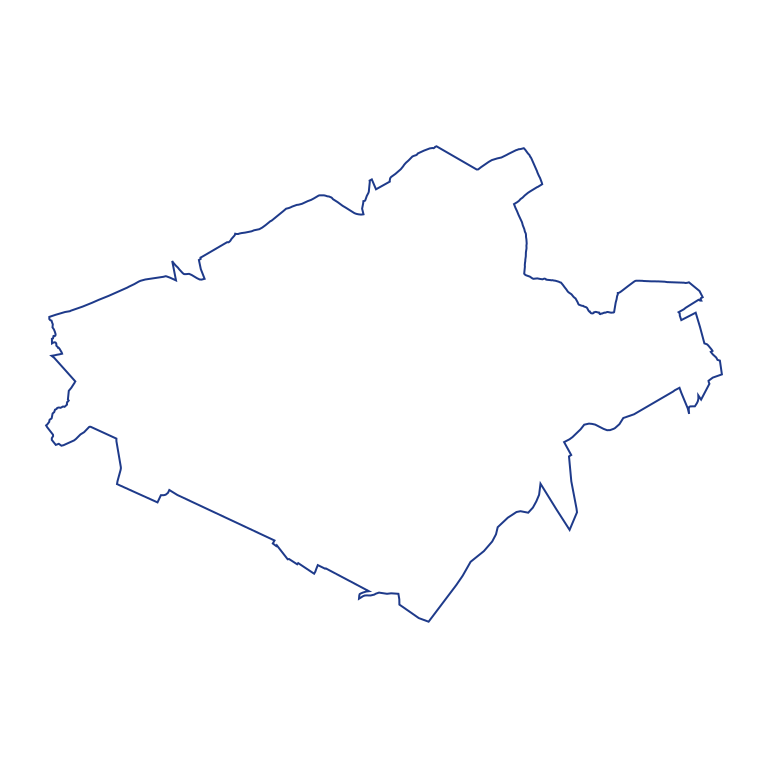 outline of Motca, Iasi, Romania, rotated 270°
{"feature_id": "2599482B18816841555206", "entity_name": "Motca", "entity_type": "district", "adm_level": 2, "iso_a3": "ROU", "parent_name": "Romania", "parent_adm1": "Iasi", "projection": "equal_earth", "projection_center": [26.629, 47.225], "detail": "fine", "context": "isolated", "style": "outline", "palette": "blue", "viewbox_px": 768, "rotation_deg": 270, "n_neighbors": 0, "source": "geoboundaries", "source_scale": "gbopen_adm2", "svg_char_len": 6079}
<svg xmlns="http://www.w3.org/2000/svg" viewBox="0 0 768 768"><g transform="rotate(270 384 384)"><path d="M313.0,571.2L325.9,564.1L328.7,569.5L330.9,572.5L338.7,580.6L343.3,584.2L344.4,589.0L344.1,592.0L343.4,595.2L339.1,603.6L337.8,607.1L337.9,610.1L339.2,613.7L339.9,615.0L343.8,619.4L350.0,623.3L353.7,634.0L376.4,673.0L377.8,674.9L380.2,679.5L375.2,681.3L359.5,687.8L354.1,689.1L359.2,688.7L361.0,689.2L361.6,690.2L361.7,694.9L364.8,696.9L366.7,697.8L369.4,698.4L372.6,698.3L368.4,701.1L384.2,709.4L385.7,708.8L387.2,708.5L390.4,712.8L393.6,721.9L407.4,719.9L408.1,717.5L410.5,716.2L413.6,712.8L416.1,710.8L417.1,712.5L418.6,711.5L422.6,708.2L423.7,707.0L424.6,704.4L441.0,700.0L455.3,695.7L447.9,681.3L452.3,679.8L454.5,679.7L455.2,679.2L455.8,678.6L458.7,683.8L460.3,685.8L468.2,698.5L467.4,700.2L467.4,701.3L469.2,700.5L469.8,700.9L470.8,702.7L477.0,699.5L485.7,688.9L485.5,688.5L485.2,687.1L485.0,685.7L485.3,683.9L485.9,667.2L486.3,664.6L486.6,658.2L486.7,650.6L487.0,643.7L487.2,642.2L487.3,636.6L487.2,635.7L486.9,634.9L486.1,633.7L482.0,628.2L477.3,622.1L475.9,620.2L475.0,618.5L475.0,617.8L473.6,617.8L471.9,617.1L468.8,616.6L465.5,615.7L455.9,614.1L455.5,613.6L455.4,612.0L455.3,611.1L456.0,607.8L456.0,607.2L455.4,605.6L455.3,604.7L455.4,604.4L455.2,603.8L455.0,603.6L454.8,602.8L454.5,602.3L454.5,601.5L453.9,600.4L453.9,600.2L454.0,599.9L454.4,599.9L454.7,599.3L455.4,599.2L455.5,598.7L455.7,597.3L456.0,596.6L456.1,595.4L455.6,593.8L455.4,593.8L454.9,593.5L454.6,592.7L454.6,592.0L454.8,591.1L455.0,590.8L455.5,590.5L456.0,589.8L456.5,589.8L456.7,589.1L457.4,588.5L460.0,587.1L460.7,586.3L461.5,584.0L462.1,583.2L462.1,582.5L462.5,581.1L463.4,578.8L464.1,578.3L465.8,577.6L469.6,575.5L470.2,574.6L471.2,573.5L473.7,571.5L475.3,569.1L476.4,567.8L478.5,566.4L480.9,564.5L483.1,562.9L485.4,561.0L485.7,559.9L486.3,558.7L487.3,555.3L487.5,553.7L487.8,552.6L487.7,551.3L487.9,550.3L488.2,547.2L488.4,546.1L488.9,545.8L489.3,544.9L489.3,544.1L488.7,542.5L489.0,540.4L489.6,537.3L489.2,533.4L489.6,532.4L491.4,529.8L492.7,526.1L493.2,525.2L494.3,524.2L501.4,524.9L502.9,524.8L505.2,525.0L507.0,525.3L508.2,525.3L511.7,525.8L515.6,525.9L519.6,526.5L520.9,526.5L522.2,526.4L524.5,526.7L528.7,526.4L531.2,526.0L532.6,526.0L533.8,525.9L534.7,525.7L536.3,524.9L538.9,524.3L542.7,522.8L545.7,522.0L553.2,518.5L556.9,517.0L560.3,515.4L563.9,514.0L565.9,517.3L567.3,519.1L568.9,520.5L570.4,522.6L572.5,524.7L575.2,528.0L576.7,530.3L580.8,537.0L581.1,537.8L583.8,542.2L585.3,541.8L589.9,540.1L592.4,538.8L595.8,537.3L596.6,537.1L609.3,531.5L610.7,530.8L611.1,530.3L612.9,529.5L614.6,527.9L618.3,525.2L619.8,523.8L619.0,520.8L618.8,519.4L618.8,518.8L618.2,517.3L617.8,516.0L614.1,508.5L613.1,506.7L610.5,501.4L609.6,497.3L607.9,491.8L606.1,488.7L600.8,481.0L598.6,478.2L598.5,476.7L621.7,436.5L621.1,435.1L620.6,434.8L619.8,433.7L620.0,432.5L619.6,429.8L617.4,424.0L614.5,417.7L613.6,417.2L612.8,416.0L612.3,414.3L611.5,412.4L607.5,408.5L605.3,406.0L603.4,404.3L601.5,403.0L598.8,400.8L594.1,395.4L591.1,391.2L590.3,390.5L589.5,390.1L587.2,389.7L586.4,389.8L578.7,376.0L588.6,371.8L587.4,369.6L586.2,369.8L576.3,368.8L575.1,368.4L572.1,366.8L567.8,365.3L567.1,364.7L566.9,363.4L564.8,363.2L559.3,362.1L553.7,363.5L553.6,363.1L553.4,361.0L553.7,358.4L554.1,356.5L554.5,355.3L555.0,354.2L560.3,345.8L562.2,342.6L565.9,337.6L568.8,333.0L570.0,332.0L570.5,331.4L571.5,329.0L571.7,327.3L572.3,325.6L572.7,323.8L572.7,319.7L572.4,318.6L569.6,313.9L568.1,311.1L566.9,307.8L564.2,302.0L563.3,298.6L563.1,296.8L561.4,292.1L560.6,290.5L559.9,288.6L559.3,286.1L556.8,283.2L553.4,279.0L551.6,276.8L547.2,271.4L546.9,270.5L542.8,265.5L540.4,262.2L538.8,259.3L537.7,254.0L536.7,251.6L535.4,245.1L534.9,241.4L534.4,239.2L534.0,238.2L534.0,236.5L534.3,235.2L532.7,234.7L529.1,231.5L527.3,230.4L526.2,229.3L525.7,228.5L525.8,227.1L511.4,202.4L510.4,200.5L509.1,200.7L508.0,198.9L498.9,200.8L489.2,204.6L488.4,201.6L488.5,199.7L489.8,197.0L493.0,191.7L494.1,189.2L494.1,188.5L493.9,186.3L493.9,184.4L494.1,183.7L495.1,182.5L498.7,179.2L500.4,177.9L502.5,175.7L505.4,173.2L507.0,172.2L487.6,176.0L490.3,170.1L491.6,166.6L491.8,165.7L491.2,163.4L488.5,145.3L487.2,140.5L486.4,138.7L483.9,134.3L481.1,128.5L480.5,127.5L472.2,108.8L468.1,98.6L465.2,92.0L461.4,82.6L457.3,70.8L456.8,69.9L456.0,65.1L453.2,55.6L451.1,49.3L449.0,49.3L447.8,50.3L447.4,51.5L445.2,52.2L443.7,52.8L440.6,52.5L438.6,53.9L436.4,54.8L433.8,55.6L432.5,55.4L431.9,54.7L432.1,53.8L432.0,53.5L429.6,53.0L429.2,51.9L424.6,52.0L425.4,53.3L425.7,54.4L425.5,55.5L424.6,56.2L423.1,56.4L422.5,56.3L422.1,56.5L421.5,57.1L421.2,57.6L420.1,58.1L420.1,58.8L419.1,59.6L415.5,61.7L414.3,62.1L413.7,59.6L413.2,56.7L412.7,54.7L412.2,51.6L410.2,54.2L386.6,75.3L385.7,74.7L384.9,74.4L383.8,73.6L380.2,71.3L377.2,68.8L368.4,67.9L367.5,68.7L366.5,68.0L366.1,67.3L364.9,66.9L363.4,67.0L361.2,64.6L361.5,63.0L360.2,60.6L360.5,58.9L360.1,57.3L359.0,56.5L358.3,55.0L355.9,54.2L354.5,52.6L349.9,51.7L349.4,51.4L348.5,49.9L348.0,49.5L346.1,49.2L343.5,47.2L342.6,46.1L340.9,47.1L333.3,53.0L331.9,53.1L329.8,51.8L328.1,51.8L323.1,55.8L324.2,58.8L322.3,61.4L322.8,63.5L327.6,74.1L329.1,76.0L333.6,80.5L335.8,84.1L341.0,89.1L341.3,90.0L341.1,90.9L329.4,116.4L326.9,116.4L301.1,120.8L299.9,120.9L298.1,120.6L286.8,117.5L283.9,117.0L265.6,157.5L272.8,160.9L272.8,163.8L273.3,165.7L275.2,168.0L278.0,169.3L273.0,177.4L227.5,274.5L224.5,272.8L221.9,276.3L222.7,276.8L208.7,287.7L209.0,289.0L203.7,297.2L204.9,298.2L194.3,314.1L196.3,315.3L198.9,316.2L202.9,317.8L199.3,325.1L199.6,325.8L176.8,368.9L176.5,366.3L175.4,362.8L174.4,360.5L173.9,359.7L172.6,359.3L169.3,359.0L171.8,363.0L172.5,364.8L172.6,366.7L172.5,370.5L173.4,374.3L174.3,375.8L175.4,379.0L174.2,387.0L174.7,391.2L174.2,398.4L168.7,399.3L163.4,399.4L149.9,418.8L146.3,428.6L183.1,456.4L192.3,462.7L206.2,470.6L216.9,483.9L226.5,492.2L233.7,496.0L240.8,497.7L250.3,507.8L256.0,516.5L256.8,520.5L255.3,528.2L260.4,532.9L266.6,536.3L273.2,539.1L284.3,540.5L258.5,556.5L238.1,569.6L255.7,577.0L259.5,576.5L286.7,571.3L311.6,569.0L313.0,571.2Z" fill="none" stroke="#1e3a8a" stroke-width="2"/></g></svg>